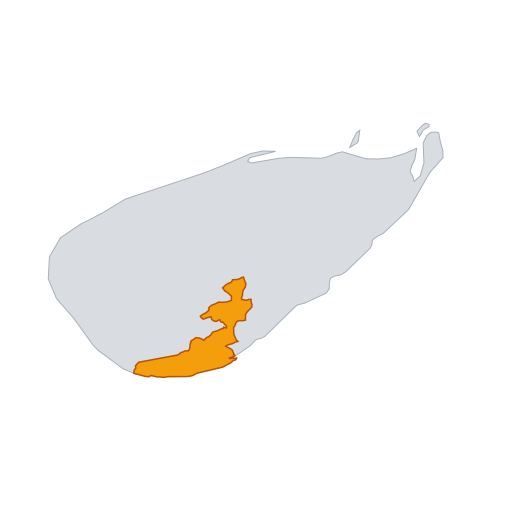 where Ampāra sits in Sri Lanka, rotated 76°
{"feature_id": "LKA-2451", "entity_name": "Ampāra", "entity_type": "District", "adm_level": 1, "iso_a3": "LKA", "parent_name": "Sri Lanka", "parent_adm1": "", "projection": "natural_earth1", "projection_center": [81.481, 7.125], "detail": "fine", "context": "in_parent", "style": "filled", "palette": "amber", "viewbox_px": 512, "rotation_deg": 76, "n_neighbors": 0, "source": "natural_earth", "source_scale": "10m", "svg_char_len": 3301}
<svg xmlns="http://www.w3.org/2000/svg" viewBox="0 0 512 512"><g transform="rotate(76 256 256)"><path d="M180.8,48.9L189.7,49.5L199.1,49.2L205.7,50.7L217.1,67.2L247.9,96.8L264.7,126.9L266.3,133.5L268.6,139.1L272.6,140.7L276.0,143.3L292.8,172.3L294.8,178.1L294.5,184.4L295.5,189.1L299.9,191.4L305.4,192.7L309.0,197.0L313.5,220.2L313.5,227.4L314.8,230.5L336.0,266.6L337.2,271.0L337.0,274.3L337.6,277.1L341.7,283.5L348.1,300.7L351.3,304.6L355.2,319.6L355.5,348.3L354.1,361.1L350.1,376.6L345.4,391.8L340.3,402.8L333.4,412.1L309.6,431.8L302.8,435.8L271.8,448.2L249.0,459.9L227.9,463.1L206.8,456.6L190.9,441.2L182.7,418.6L177.2,395.0L169.1,368.8L163.0,287.8L160.0,265.1L155.3,236.3L155.8,223.7L159.2,211.7L159.1,238.1L162.2,241.3L164.6,237.9L166.7,210.7L168.5,199.2L176.9,169.2L177.1,163.8L175.7,152.5L175.8,146.9L188.3,125.8L191.5,113.6L193.3,101.0L192.6,87.5L190.4,74.1L200.5,78.4L206.0,83.0L211.7,86.2L216.3,84.6L221.9,84.5L217.9,77.2L206.2,70.5L186.6,66.4L180.5,61.1L178.2,56.5L179.4,51.1L180.8,48.9ZM170.8,130.6L173.4,138.8L165.8,133.2L160.8,128.6L159.1,124.9L169.4,129.0L170.8,130.6ZM179.6,68.5L173.8,69.6L169.3,62.5L168.2,59.5L169.4,57.3L170.6,56.3L172.1,56.6L174.3,63.3L179.6,68.5Z" fill="#d9dde1" stroke="#a8b0b8" stroke-width="1"/><path d="M345.6,301.1L345.7,301.5L346.5,301.7L347.2,300.6L347.8,300.6L348.5,304.9L348.5,306.5L349.1,306.5L349.2,305.0L349.4,303.5L349.8,302.2L350.4,301.3L350.4,300.6L350.3,300.4L350.1,299.7L350.3,299.4L350.8,299.7L351.6,300.6L351.9,301.4L352.1,303.7L353.5,306.3L355.8,315.4L355.4,340.6L355.6,342.3L356.6,346.1L356.7,348.3L356.2,352.6L352.0,369.6L351.7,371.4L351.6,373.7L351.3,375.6L350.0,378.6L349.7,379.9L349.2,381.8L347.4,385.0L346.5,386.5L347.2,389.1L346.2,392.2L340.3,403.0L339.5,402.6L337.2,401.8L335.7,399.8L334.5,399.6L333.4,399.5L330.7,395.6L333.1,356.3L332.6,354.2L331.5,352.3L331.5,350.3L330.9,348.2L331.3,346.1L331.5,344.1L328.7,342.2L325.4,341.2L325.0,340.7L324.4,340.3L323.7,340.3L323.0,339.9L322.2,338.5L321.9,336.8L320.7,334.3L321.8,331.0L323.7,328.4L325.2,327.0L323.2,323.8L322.9,321.5L321.6,318.9L319.6,316.8L319.2,314.8L319.3,312.2L318.2,306.6L318.4,305.1L317.8,305.0L317.2,304.6L318.6,302.2L316.8,301.6L314.5,303.0L313.4,303.5L312.3,304.0L312.0,305.0L311.4,306.1L310.1,306.5L309.1,306.6L309.2,308.0L309.7,309.3L309.8,310.5L309.4,311.6L308.7,312.5L308.3,313.2L306.4,314.4L304.1,314.3L304.1,318.4L304.6,322.4L302.9,323.9L301.0,324.6L300.2,322.9L299.5,320.8L299.2,318.9L298.3,316.9L297.7,315.7L297.3,314.8L296.2,314.5L295.4,314.7L294.0,313.2L293.0,310.6L292.4,305.9L292.0,304.6L291.7,303.3L292.0,302.3L292.5,301.2L293.5,296.0L293.1,290.6L289.0,289.6L284.5,292.5L282.5,294.6L281.4,295.1L280.5,295.4L278.8,296.1L276.5,291.7L275.8,289.1L275.7,287.4L275.1,285.8L273.7,284.8L273.4,284.6L274.3,279.5L274.1,277.4L273.4,275.0L273.5,273.2L275.2,273.2L278.7,272.8L280.4,272.5L283.7,274.0L286.5,277.1L290.9,278.7L293.1,280.2L294.9,280.4L295.1,279.3L295.6,278.1L296.1,277.3L296.7,276.2L296.4,273.7L296.8,271.3L299.3,271.8L302.3,271.7L304.7,272.6L307.9,277.8L309.9,280.1L312.7,281.0L315.7,281.7L315.5,284.9L314.6,288.0L314.8,289.8L315.7,291.4L318.6,293.4L320.1,295.1L326.2,296.4L332.3,295.6L334.5,294.2L334.5,296.9L335.3,299.5L335.5,305.6L336.2,307.3L339.4,303.6L341.3,301.9L343.9,301.4L345.6,301.1Z" fill="#f59e0b" stroke="#b45309" stroke-width="1.5"/></g></svg>